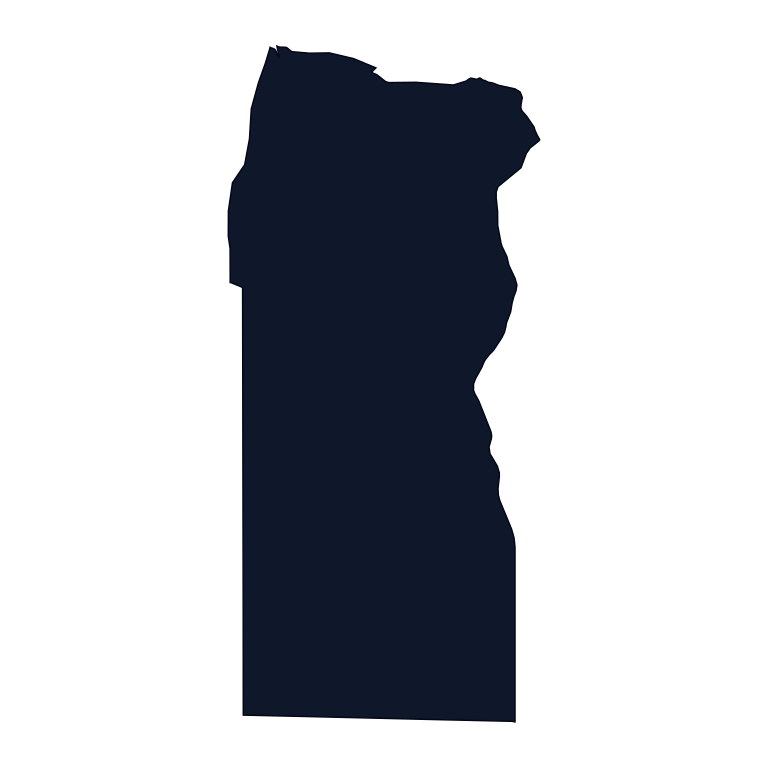 SVG path tracing the border of Al Butnan
{"feature_id": "LBY-2987", "entity_name": "Al Butnan", "entity_type": "Municipality", "adm_level": 1, "iso_a3": "LBY", "parent_name": "Libya", "parent_adm1": "", "projection": "mercator", "projection_center": [24.313, 30.16], "detail": "fine", "context": "isolated", "style": "filled", "palette": "ink", "viewbox_px": 768, "rotation_deg": 0, "n_neighbors": 0, "source": "natural_earth", "source_scale": "10m", "svg_char_len": 1670}
<svg xmlns="http://www.w3.org/2000/svg" viewBox="0 0 768 768"><path d="M539.0,140.8L530.1,147.9L526.2,153.6L521.0,167.7L498.0,186.6L496.2,191.9L496.2,197.9L497.6,211.8L497.7,225.4L501.0,243.1L502.0,246.4L506.9,256.7L508.8,265.1L515.0,278.3L516.9,285.0L516.0,290.7L513.9,296.3L512.1,302.9L510.6,311.9L506.3,323.3L505.9,326.5L504.5,332.1L501.8,337.7L493.5,350.3L489.2,354.7L485.4,359.6L484.0,361.9L481.7,367.5L475.8,378.1L473.5,383.9L473.5,390.2L474.8,393.7L478.8,401.0L490.9,431.6L491.6,435.3L491.4,438.5L489.0,447.0L490.0,453.8L497.3,466.1L499.3,472.8L499.3,476.7L498.0,488.5L498.3,494.8L499.7,500.4L511.5,529.0L514.0,537.7L515.0,547.0L515.0,567.0L515.0,594.1L515.0,658.5L515.0,721.9L514.9,721.9L513.5,721.6L512.1,721.3L444.9,719.8L377.7,718.2L310.5,716.6L243.3,715.1L243.2,609.2L243.0,502.7L242.8,395.4L242.6,287.5L239.7,286.2L236.7,285.0L233.8,283.8L230.8,282.5L230.7,282.6L230.3,282.6L230.2,282.6L230.1,248.5L228.3,236.2L228.4,211.0L232.5,182.7L244.7,164.7L249.5,138.8L251.3,108.9L258.4,83.0L265.4,63.2L269.9,48.4L270.1,47.3L271.0,47.8L273.2,48.5L275.0,49.5L276.1,51.4L277.4,55.0L278.7,56.4L278.5,53.6L276.9,46.1L279.6,47.1L285.8,47.3L287.0,47.8L291.0,51.1L291.9,51.7L309.7,53.2L329.3,52.9L353.5,58.6L375.9,67.9L372.6,71.2L371.9,72.4L373.1,73.1L376.8,74.7L385.7,81.7L388.9,82.6L415.8,82.3L453.4,85.0L466.1,81.1L469.3,78.8L470.9,78.1L476.7,79.3L477.8,78.9L478.9,78.3L479.9,78.0L481.1,78.7L481.6,79.2L483.4,80.2L485.3,80.7L488.1,82.2L492.8,83.0L498.6,85.3L515.0,88.9L520.1,92.0L522.3,97.5L521.1,104.1L520.8,107.8L521.8,110.7L526.6,116.2L534.1,127.2L534.9,130.1L537.0,134.8L539.7,139.7L539.2,140.2L539.0,140.8Z" fill="#0f172a" stroke="#020617" stroke-width="1.5"/></svg>